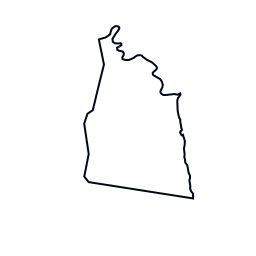 Jefferson, West Virginia, United States of America, rotated 329°
{"feature_id": "52423323B80125448855540", "entity_name": "Jefferson", "entity_type": "district", "adm_level": 2, "iso_a3": "USA", "parent_name": "United States of America", "parent_adm1": "West Virginia", "projection": "albers", "projection_center": [-77.789, 39.316], "detail": "fine", "context": "isolated", "style": "outline", "palette": "ink", "viewbox_px": 256, "rotation_deg": 329, "n_neighbors": 0, "source": "geoboundaries", "source_scale": "gbopen_adm2", "svg_char_len": 1595}
<svg xmlns="http://www.w3.org/2000/svg" viewBox="0 0 256 256"><g transform="rotate(329 128 128)"><path d="M147.4,221.8L147.5,221.9L149.9,217.9L149.8,216.5L149.5,215.1L149.6,214.0L150.2,211.6L151.4,210.1L153.4,205.1L154.2,203.8L155.0,203.3L156.3,201.4L156.6,200.4L156.9,198.5L156.8,197.8L159.5,190.9L159.6,190.2L159.3,187.5L159.4,186.9L160.8,184.0L161.2,182.1L163.1,179.5L165.1,175.0L166.1,173.5L167.4,172.3L170.0,168.5L170.2,167.7L171.6,162.0L170.3,162.0L170.2,161.8L170.3,159.0L170.4,158.6L170.9,158.4L171.3,157.8L171.9,157.9L173.4,157.4L173.8,155.0L174.0,154.7L175.0,152.4L175.1,151.9L176.2,149.1L176.4,148.8L177.2,147.7L177.2,147.4L177.1,146.2L177.4,144.6L178.4,141.6L179.5,138.7L184.4,129.8L186.3,128.1L189.7,126.7L190.3,126.1L190.5,125.2L187.9,125.1L185.1,122.7L177.2,119.1L175.4,118.0L174.4,116.4L174.1,114.4L175.0,112.9L178.3,110.9L180.1,108.9L180.9,105.5L180.8,102.8L177.1,96.1L176.9,95.4L177.1,94.2L177.6,93.5L178.5,93.1L182.1,92.5L183.1,92.1L183.8,91.3L184.0,90.3L183.8,88.7L182.4,84.1L179.4,79.4L177.4,74.7L177.2,73.1L176.6,72.4L175.0,71.3L173.2,70.5L168.6,70.8L163.5,70.1L160.5,68.1L158.8,66.1L159.7,64.3L161.5,63.5L162.9,61.9L162.8,59.6L160.2,57.3L159.1,55.4L160.1,53.5L163.6,53.7L165.0,53.6L165.6,52.6L165.4,51.6L162.8,50.3L160.4,48.6L159.4,46.3L160.6,43.6L166.0,40.9L169.8,39.4L171.7,38.3L172.3,37.5L172.1,36.1L170.1,34.4L168.8,34.1L165.9,34.4L164.8,34.9L163.2,36.2L160.9,38.5L155.6,38.9L148.9,37.1L148.6,37.1L140.1,61.2L125.0,76.3L107.0,94.6L100.6,94.9L92.7,101.7L80.9,130.1L65.5,147.1L66.4,154.1L66.5,154.2L147.4,221.8Z" fill="none" stroke="#020617" stroke-width="2"/></g></svg>